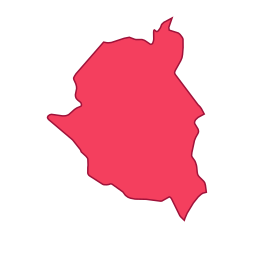 an SVG outline of Kairouan, rotated 350°
{"feature_id": "TUN-118", "entity_name": "Kairouan", "entity_type": "Governorate", "adm_level": 1, "iso_a3": "TUN", "parent_name": "Tunisia", "parent_adm1": "", "projection": "robinson", "projection_center": [9.864, 35.574], "detail": "fine", "context": "isolated", "style": "filled", "palette": "rose", "viewbox_px": 256, "rotation_deg": 350, "n_neighbors": 0, "source": "natural_earth", "source_scale": "10m", "svg_char_len": 2171}
<svg xmlns="http://www.w3.org/2000/svg" viewBox="0 0 256 256"><g transform="rotate(350 128 128)"><path d="M190.5,27.3L185.6,36.1L185.6,38.8L193.9,43.1L194.7,43.9L195.6,45.1L196.9,47.6L197.4,48.9L197.6,50.1L196.2,58.4L194.5,65.0L193.5,67.8L193.2,68.4L191.6,70.9L184.5,79.6L183.7,81.0L183.5,81.7L183.5,82.4L183.9,83.7L201.0,117.3L202.5,119.4L203.6,121.6L205.5,127.5L198.9,129.7L196.0,131.6L195.0,132.9L194.6,133.8L194.4,134.7L194.5,135.4L196.8,141.3L196.9,142.7L196.8,144.0L196.1,145.3L193.0,149.1L191.3,151.8L186.7,163.1L186.1,165.2L185.8,166.6L186.0,167.3L186.5,168.6L187.7,171.1L188.2,172.3L188.5,173.6L188.9,176.6L188.9,178.4L188.5,183.3L188.5,185.0L188.5,185.4L188.6,186.0L189.0,187.2L189.7,188.5L193.3,193.6L193.9,194.9L194.1,195.6L194.3,198.0L194.0,204.9L190.3,205.2L188.4,206.0L185.2,208.0L179.3,213.2L171.5,222.1L168.6,226.5L167.4,228.7L164.6,224.8L163.8,223.3L158.5,205.0L157.6,203.6L156.7,203.0L149.2,205.6L148.6,205.8L147.8,205.7L147.1,205.6L133.7,201.4L122.6,199.2L118.4,197.6L117.0,196.8L115.8,196.0L114.4,194.5L113.8,193.9L113.5,193.3L112.2,190.7L111.8,190.0L102.5,180.5L101.6,180.1L100.7,180.0L100.0,180.2L98.6,180.3L97.0,180.2L94.3,179.6L93.3,179.0L82.0,168.6L81.3,167.8L80.9,167.0L80.7,166.4L80.6,165.9L80.6,165.3L81.6,159.9L82.2,157.7L83.0,152.1L83.0,151.5L83.0,150.9L81.8,148.6L77.8,143.4L77.5,141.8L77.4,141.2L71.4,130.1L51.3,105.9L51.0,105.3L50.7,104.6L50.5,103.9L50.8,103.1L51.4,102.3L53.0,101.5L54.1,101.3L55.1,101.3L65.6,104.7L67.4,105.0L69.0,105.1L70.6,104.9L72.2,104.4L78.5,100.5L81.3,99.3L85.1,98.5L85.7,98.1L86.2,97.4L86.2,95.8L85.9,94.8L85.4,94.1L84.5,93.1L83.3,91.7L82.4,90.3L82.2,89.8L82.0,89.3L81.9,88.7L81.8,87.5L82.0,86.0L84.2,80.4L84.3,79.7L84.5,78.2L84.4,76.6L84.2,75.1L83.1,70.9L83.1,70.2L83.1,69.4L84.2,67.8L86.2,65.6L118.9,39.2L122.1,40.4L123.5,40.7L126.5,40.9L139.8,39.0L145.1,38.9L149.8,41.7L151.2,42.3L157.1,43.3L157.9,43.7L159.2,44.4L160.3,45.3L164.3,49.2L165.0,49.6L165.9,49.5L166.9,49.0L168.0,47.1L168.5,45.9L168.8,44.8L169.8,38.5L170.2,36.8L170.6,36.2L171.0,36.0L171.6,36.6L172.7,37.9L173.6,38.0L174.7,37.5L176.9,35.4L177.8,34.2L179.1,31.9L181.6,30.2L190.5,27.3Z" fill="#f43f5e" stroke="#9f1239" stroke-width="1.5"/></g></svg>